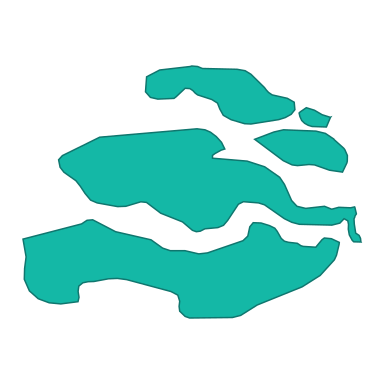 the border of Zeeland
{"feature_id": "NLD-903", "entity_name": "Zeeland", "entity_type": "Province", "adm_level": 1, "iso_a3": "NLD", "parent_name": "Netherlands", "parent_adm1": "", "projection": "natural_earth1", "projection_center": [3.94, 51.477], "detail": "fine", "context": "isolated", "style": "filled", "palette": "teal", "viewbox_px": 384, "rotation_deg": 0, "n_neighbors": 0, "source": "natural_earth", "source_scale": "10m", "svg_char_len": 2600}
<svg xmlns="http://www.w3.org/2000/svg" viewBox="0 0 384 384"><path d="M60.8,303.9L49.2,302.8L40.8,299.7L38.2,298.7L29.4,290.9L24.3,279.3L24.6,268.5L26.1,256.9L23.0,239.1L81.6,223.9L87.0,220.3L92.7,219.8L115.6,231.7L151.0,239.8L162.6,248.1L170.3,250.7L185.0,250.7L198.8,253.9L207.5,252.9L243.0,240.7L247.8,236.1L249.8,226.8L253.2,222.7L261.1,223.0L269.5,225.6L274.8,228.2L277.1,231.2L281.2,238.4L284.4,241.2L288.5,242.3L297.3,243.3L300.9,245.7L303.2,246.4L315.8,247.2L322.0,239.7L324.3,238.0L331.4,238.7L339.3,242.4L339.1,244.3L336.5,255.2L334.4,259.8L320.2,275.4L302.2,286.8L257.2,305.0L240.7,315.4L232.5,317.5L189.6,318.0L185.1,316.4L179.7,311.2L179.1,306.4L179.7,301.2L177.8,295.1L170.9,291.5L126.6,279.6L117.3,278.4L108.4,278.8L93.9,281.5L88.1,281.7L82.8,282.8L78.8,286.1L78.1,291.4L79.0,297.3L78.0,301.7L60.8,303.9ZM361.0,242.0L353.7,241.8L352.2,240.3L349.3,234.9L348.3,229.2L348.5,224.4L347.8,220.8L344.1,218.7L339.9,223.1L331.9,225.1L299.3,224.3L291.8,222.3L284.4,218.7L264.5,204.8L258.5,202.9L243.4,201.7L238.4,204.2L227.6,220.5L223.5,225.3L217.9,227.6L204.9,228.8L200.2,231.2L196.3,231.7L192.4,230.3L182.5,221.9L160.7,213.2L146.5,202.4L140.8,201.8L125.8,206.3L117.6,206.6L97.1,202.9L90.6,200.1L85.1,193.5L80.2,186.1L75.9,180.7L64.0,172.3L60.1,167.3L58.6,159.8L62.4,155.6L99.7,137.2L197.0,128.8L205.0,129.8L210.5,132.2L216.3,136.6L221.5,142.3L224.8,149.0L221.0,150.2L214.9,153.6L212.5,155.4L212.5,158.2L247.1,161.1L264.7,166.8L279.7,177.3L284.5,184.5L291.6,200.5L297.0,206.3L305.7,208.4L324.5,206.3L331.7,209.2L338.8,207.3L350.6,207.8L354.6,206.9L354.8,207.1L356.4,213.9L355.1,215.8L354.7,217.4L354.0,218.8L354.3,224.1L355.7,233.1L359.1,235.4L360.5,238.3L360.9,241.8L361.0,242.0ZM272.2,94.9L287.3,98.3L294.2,102.2L294.9,109.7L291.2,114.3L285.2,117.6L278.8,119.6L251.0,124.0L244.6,123.7L231.1,119.7L223.3,115.3L219.8,109.0L217.5,103.1L211.8,99.5L197.6,94.9L195.2,93.1L192.9,90.6L189.9,88.6L185.1,88.3L176.1,96.8L174.0,98.4L157.8,99.1L150.4,97.4L145.5,91.8L146.6,76.8L159.7,70.0L190.2,66.5L191.7,66.0L197.6,66.5L202.4,68.5L237.1,69.3L245.1,70.7L251.0,74.3L264.5,87.6L266.3,90.0L268.6,92.5L272.2,94.9ZM342.5,172.1L329.5,170.2L314.5,164.9L309.0,164.5L297.5,165.6L292.1,164.9L283.3,160.7L254.7,139.3L273.9,132.0L283.5,129.8L315.9,131.1L325.4,133.4L333.9,139.1L334.1,139.6L343.7,148.2L344.8,149.6L347.4,155.5L347.3,161.0L346.9,162.9L342.5,172.1ZM326.4,127.0L312.1,126.5L308.2,125.3L304.6,123.3L301.7,120.5L299.9,116.5L299.1,113.0L299.2,112.9L300.2,111.9L306.3,107.7L314.4,110.2L322.1,114.7L330.3,117.3L330.6,117.2L330.4,117.5L326.4,127.0Z" fill="#14b8a6" stroke="#0f766e" stroke-width="1.5"/></svg>